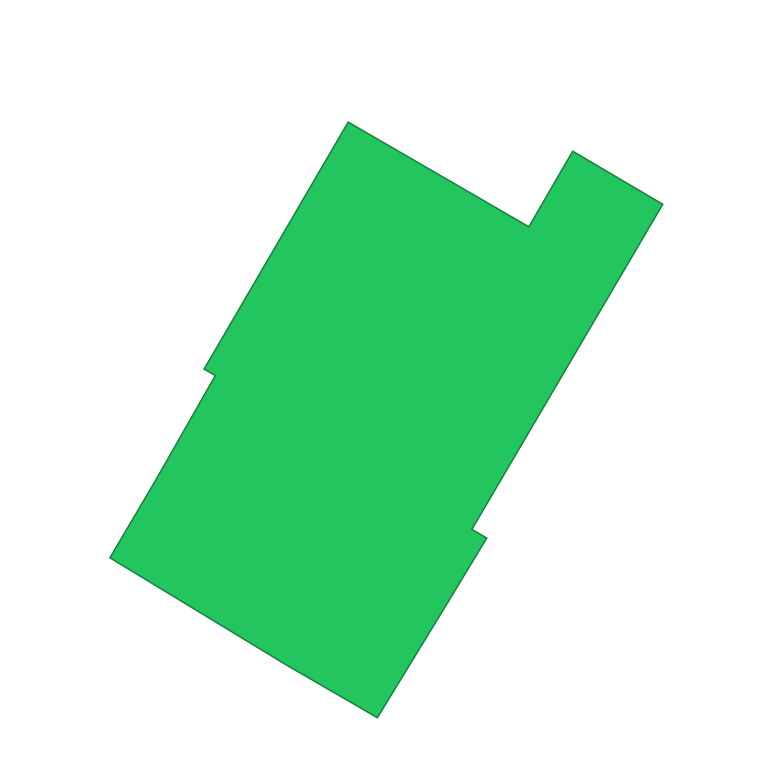 the district of Dallas, Missouri, United States of America, rotated 209°
{"feature_id": "52423323B61703170015618", "entity_name": "Dallas", "entity_type": "district", "adm_level": 2, "iso_a3": "USA", "parent_name": "United States of America", "parent_adm1": "Missouri", "projection": "orthographic", "projection_center": [-93.034, 37.66], "detail": "fine", "context": "isolated", "style": "filled", "palette": "green", "viewbox_px": 768, "rotation_deg": 209, "n_neighbors": 0, "source": "geoboundaries", "source_scale": "gbopen_adm2", "svg_char_len": 336}
<svg xmlns="http://www.w3.org/2000/svg" viewBox="0 0 768 768"><g transform="rotate(209 384 384)"><path d="M331.8,679.1L333.5,591.7L542.3,595.7L548.6,309.8L535.6,309.6L537.1,186.3L539.5,99.1L332.9,90.9L228.0,88.9L222.8,211.3L219.4,299.0L236.7,299.5L227.3,676.3L331.8,679.1Z" fill="#22c55e" stroke="#15803d" stroke-width="1.5"/></g></svg>